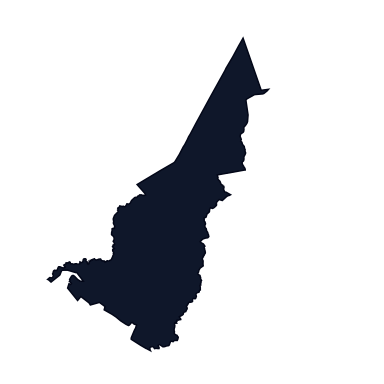 Turbo, Rift Valley, Kenya (Robinson projection), rotated 124°
{"feature_id": "3690345B72874132614538", "entity_name": "Turbo", "entity_type": "district", "adm_level": 2, "iso_a3": "KEN", "parent_name": "Kenya", "parent_adm1": "Rift Valley", "projection": "robinson", "projection_center": [35.133, 0.601], "detail": "fine", "context": "isolated", "style": "filled", "palette": "ink", "viewbox_px": 384, "rotation_deg": 124, "n_neighbors": 0, "source": "geoboundaries", "source_scale": "gbopen_adm2", "svg_char_len": 6155}
<svg xmlns="http://www.w3.org/2000/svg" viewBox="0 0 384 384"><g transform="rotate(124 192 192)"><path d="M345.2,262.8L345.0,261.9L345.5,258.5L335.0,255.2L334.4,255.2L330.4,256.1L329.5,255.8L328.7,254.8L326.4,251.5L323.8,243.2L323.2,242.5L326.7,232.2L327.9,233.8L328.4,234.8L328.5,237.8L327.6,242.0L327.5,243.1L327.6,243.9L328.2,244.5L329.1,244.8L332.9,244.6L333.3,243.7L333.9,243.6L334.6,243.7L335.1,240.9L336.6,240.9L336.8,242.7L341.2,241.4L345.9,226.2L340.8,225.7L341.5,215.3L342.5,213.1L335.3,207.0L335.6,200.1L338.8,198.9L338.1,190.0L338.1,185.0L338.7,179.2L338.6,172.7L338.2,170.0L337.6,169.6L335.7,169.3L334.3,169.2L333.6,168.6L333.9,166.1L333.6,165.0L333.1,163.8L333.7,163.3L334.4,163.3L336.2,162.7L339.0,162.4L346.5,160.9L347.3,160.6L348.1,160.0L347.8,148.8L347.4,142.5L347.2,141.8L346.8,137.7L345.9,139.0L345.2,139.5L344.3,139.9L343.6,139.6L342.4,138.4L342.0,137.6L342.1,136.9L342.5,136.3L342.8,135.4L341.8,134.5L340.7,132.4L340.2,131.8L339.5,132.2L339.1,132.6L338.8,133.5L338.3,134.2L337.4,134.0L336.6,133.4L336.6,129.5L335.4,128.1L333.4,126.7L333.1,126.1L332.3,125.4L331.5,125.3L328.9,126.0L328.0,126.1L327.2,125.7L326.9,124.8L326.7,124.0L325.6,123.8L324.8,123.4L323.3,121.2L321.8,121.5L321.3,121.8L320.6,121.9L320.0,122.3L319.7,123.4L319.2,124.2L319.4,125.1L319.5,126.6L319.3,127.4L318.7,127.9L317.6,128.4L316.5,129.7L315.0,130.4L313.7,130.8L312.4,131.5L311.7,132.3L310.7,133.0L310.0,132.9L309.8,131.9L309.3,131.4L309.1,132.1L308.6,132.5L307.8,132.1L307.3,132.8L306.6,132.7L305.7,131.5L305.1,131.2L304.6,130.5L304.0,130.0L303.5,130.5L302.9,132.4L302.4,132.8L300.4,131.6L299.2,131.1L298.4,130.9L296.8,131.5L295.9,131.3L294.6,130.3L293.2,130.6L291.6,130.7L290.9,131.1L290.3,132.1L289.7,132.7L287.7,132.6L285.6,132.9L285.0,132.5L284.4,132.4L284.2,131.5L283.0,130.5L282.3,130.4L281.3,131.2L280.3,131.5L279.5,131.5L279.1,130.7L278.9,129.8L278.1,129.5L276.1,130.0L274.6,131.6L273.7,131.8L272.8,131.5L271.1,130.2L270.5,130.3L269.9,130.8L269.2,130.7L268.6,130.3L266.0,132.1L265.6,132.9L265.0,133.3L264.2,132.7L263.0,133.8L262.3,133.7L261.2,134.5L260.0,134.6L259.3,136.2L257.9,137.2L257.5,138.0L256.7,138.7L256.9,140.8L256.4,141.5L255.7,141.8L254.8,141.8L253.1,142.5L250.9,142.7L250.2,142.6L247.0,141.4L245.7,142.5L242.9,144.3L242.1,145.6L241.6,146.1L239.9,146.6L239.4,146.3L238.6,146.8L237.8,146.5L236.9,147.0L236.0,146.7L235.1,146.9L234.3,147.4L233.8,148.1L233.1,148.6L232.6,149.5L231.9,149.9L231.6,150.6L231.1,151.1L229.7,151.0L228.7,153.5L229.0,156.6L228.5,157.5L226.8,157.0L226.1,157.2L224.6,156.5L222.6,155.0L221.5,153.7L221.0,153.3L219.6,153.1L218.2,154.5L217.3,156.0L216.7,156.4L216.2,157.9L214.4,159.8L214.1,161.3L212.6,162.7L211.4,162.8L210.7,163.1L209.5,164.6L209.2,165.8L208.4,166.2L206.7,167.5L205.6,166.6L204.9,166.3L201.8,167.3L200.9,166.9L200.3,166.9L198.9,166.5L198.0,166.8L197.0,167.5L195.3,167.9L194.6,167.8L194.3,166.0L193.7,165.5L192.4,164.9L189.7,164.3L188.9,164.4L188.7,165.2L188.2,165.6L187.5,165.4L186.2,166.0L185.4,165.7L184.4,165.6L183.1,165.3L182.1,162.1L176.2,160.7L175.0,160.1L173.9,159.1L172.7,158.5L173.1,163.6L173.6,164.7L173.5,165.3L172.1,167.3L171.4,167.8L170.7,167.8L169.5,168.8L169.7,169.7L169.2,170.4L169.4,171.5L169.2,172.4L167.5,174.8L166.9,177.7L166.4,178.4L165.7,178.3L163.7,180.6L144.4,160.7L144.1,160.2L143.4,160.6L142.9,161.3L142.5,162.0L142.2,163.0L141.7,163.7L141.5,164.4L140.8,165.7L140.2,166.4L139.5,166.9L138.7,167.1L138.0,166.8L137.2,166.7L135.7,167.3L133.8,168.7L132.3,168.8L130.4,169.1L129.6,169.4L129.1,170.0L128.6,170.8L127.0,171.8L126.6,172.7L125.0,174.2L124.3,176.7L122.8,178.5L122.6,180.1L120.8,180.6L118.9,183.3L116.8,184.1L113.9,183.0L113.0,183.0L111.2,183.8L109.8,185.0L108.7,185.2L107.2,184.9L104.3,184.9L102.6,185.3L96.8,188.6L85.8,198.6L84.7,198.7L83.8,198.4L76.8,194.9L76.2,194.5L71.1,188.2L70.1,187.5L66.3,186.3L64.1,186.0L69.0,191.5L35.9,235.7L45.0,235.0L56.9,233.8L70.3,233.0L72.7,232.6L101.3,230.1L133.0,227.1L145.1,225.8L148.0,225.7L151.6,225.1L156.9,224.5L159.4,224.5L167.9,223.5L176.4,223.1L177.7,223.3L192.1,230.3L216.5,241.7L219.5,230.4L220.5,228.8L221.9,229.9L222.0,230.8L222.6,231.3L222.6,232.2L223.7,233.8L225.0,234.0L225.5,234.5L226.1,234.7L227.5,234.7L228.0,235.9L228.7,236.4L232.5,237.3L233.7,237.3L235.6,236.9L237.7,237.8L237.8,238.6L238.3,239.4L239.6,239.1L241.2,239.2L241.9,239.6L242.3,241.2L243.0,241.6L243.9,244.1L245.2,243.9L246.0,244.1L246.5,244.5L247.1,244.4L247.2,243.7L247.8,243.5L248.6,243.6L248.9,242.6L249.4,242.3L250.7,242.3L252.2,242.8L253.0,242.6L253.6,243.0L254.9,243.1L258.0,242.4L258.7,242.0L260.3,240.4L261.6,239.9L262.1,239.4L263.1,237.6L263.9,236.6L264.7,236.7L265.6,235.9L266.7,237.5L267.2,237.7L268.7,236.6L269.5,236.4L270.2,236.0L271.0,235.8L271.5,235.3L272.3,234.9L272.5,234.3L272.6,232.8L273.4,231.0L275.3,229.9L276.9,229.8L277.2,229.2L277.3,228.5L277.9,227.9L278.2,227.2L278.9,226.8L279.6,227.0L279.8,227.7L280.6,227.6L281.1,227.2L281.8,227.3L282.4,224.7L283.2,225.0L283.7,225.6L284.4,225.4L285.1,224.8L285.6,224.1L285.7,223.3L286.3,222.8L287.0,222.8L287.3,222.1L288.8,222.0L290.2,221.6L292.6,221.2L294.1,221.3L294.8,222.0L295.5,222.2L296.0,222.6L296.3,223.7L296.8,224.1L297.4,224.0L297.9,224.4L298.7,224.7L298.7,225.3L298.2,225.7L298.3,226.4L298.7,226.8L299.4,228.4L299.1,229.1L299.1,229.8L298.7,230.3L299.6,231.6L300.2,231.5L300.4,232.1L301.8,233.2L302.1,233.9L302.2,234.9L301.9,235.5L303.3,236.6L304.0,236.5L304.3,237.3L305.1,237.4L305.5,238.0L306.2,237.5L306.7,237.8L306.9,238.5L307.4,238.0L308.2,238.0L308.7,237.4L309.3,237.4L310.0,237.6L309.9,238.4L308.5,240.1L308.8,240.8L308.4,241.4L307.1,242.1L306.9,242.8L307.2,243.5L308.2,244.4L309.4,244.2L309.9,243.8L311.4,243.5L312.3,244.1L312.6,245.8L314.3,244.9L314.9,245.3L315.9,246.8L316.1,247.8L317.1,249.0L317.7,249.1L318.2,249.7L318.2,250.5L319.4,252.5L318.4,253.7L318.6,254.7L319.2,254.6L319.9,254.9L320.7,256.2L321.3,256.8L322.0,256.3L324.3,257.4L324.8,256.5L324.9,255.3L325.5,255.0L326.9,256.2L327.3,257.1L327.8,259.6L328.5,260.7L329.3,260.8L331.3,260.3L332.6,260.3L333.1,260.8L333.6,262.1L334.3,262.5L335.1,262.6L336.5,262.1L337.0,261.8L337.8,261.8L338.7,260.4L339.2,260.0L340.8,259.8L341.4,259.9L342.5,262.1L345.2,262.8Z" fill="#0f172a" stroke="#020617" stroke-width="1.5"/></g></svg>